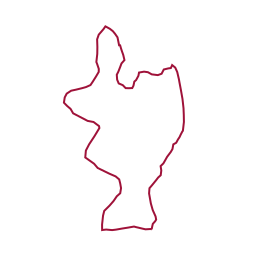 outline of Goygol District, Xanlar, Azerbaijan, rotated 350°
{"feature_id": "54616110B13615645655589", "entity_name": "Goygol District", "entity_type": "district", "adm_level": 2, "iso_a3": "AZE", "parent_name": "Azerbaijan", "parent_adm1": "Xanlar", "projection": "equal_earth", "projection_center": [46.326, 40.553], "detail": "fine", "context": "isolated", "style": "outline", "palette": "rose", "viewbox_px": 256, "rotation_deg": 350, "n_neighbors": 0, "source": "geoboundaries", "source_scale": "gbopen_adm2", "svg_char_len": 1748}
<svg xmlns="http://www.w3.org/2000/svg" viewBox="0 0 256 256"><g transform="rotate(350 128 128)"><path d="M136.3,60.5L136.2,58.7L136.0,55.2L135.3,51.0L134.9,48.1L134.6,45.2L133.6,45.0L133.4,36.9L131.6,33.0L129.9,30.0L127.4,27.2L124.2,24.6L123.4,24.0L121.0,26.4L115.4,31.0L113.0,35.3L111.9,42.9L110.6,49.7L108.3,57.5L108.7,59.5L109.5,64.7L108.9,67.7L105.3,71.9L101.3,76.3L98.5,79.2L93.7,80.4L89.7,80.8L83.6,81.2L78.5,81.4L73.6,83.5L71.0,86.9L69.3,91.9L69.4,92.1L71.8,95.6L74.8,99.3L76.5,104.0L89.5,114.0L95.1,116.1L99.8,121.1L99.8,123.1L93.6,130.2L86.9,137.3L82.6,142.9L80.8,149.6L88.4,157.3L91.2,162.1L101.8,169.8L107.4,173.5L110.4,177.1L110.7,181.4L110.7,186.0L109.0,190.9L105.1,193.3L101.2,197.3L96.4,201.2L90.2,205.5L88.2,210.0L85.7,218.6L84.8,224.0L85.2,224.0L88.8,224.2L94.7,225.8L98.6,226.0L104.9,226.0L110.6,226.1L111.5,226.1L116.8,226.1L118.9,227.1L120.6,227.8L124.5,229.5L125.7,230.0L127.6,230.8L132.8,231.4L133.8,232.0L133.7,231.9L134.7,229.3L135.8,226.7L138.5,224.6L139.8,223.1L139.8,219.9L138.1,213.1L137.4,206.3L137.4,201.0L137.4,196.1L138.7,191.0L141.5,188.7L146.6,184.3L149.1,182.0L152.0,180.2L153.4,175.7L153.5,171.2L156.7,169.0L158.8,166.5L161.5,163.2L164.8,160.1L165.8,159.2L168.1,156.5L169.8,152.0L172.9,150.9L175.2,148.0L177.2,145.9L178.8,143.6L180.8,141.0L181.6,140.2L184.1,131.8L185.2,124.9L186.1,118.2L186.7,108.9L186.7,99.6L186.6,91.8L186.6,88.8L186.2,81.4L185.0,76.7L182.4,73.7L180.6,76.4L178.0,76.3L173.4,76.6L170.5,80.4L166.6,81.1L160.7,79.3L157.3,76.5L153.6,75.3L148.5,75.3L147.3,78.4L144.3,82.2L142.3,83.4L140.8,87.1L140.5,87.6L139.1,89.4L136.9,89.1L135.9,89.0L132.6,88.3L130.3,84.9L126.6,82.5L125.7,78.5L126.2,73.6L128.3,70.8L131.1,66.2L132.8,63.3L136.3,60.5Z" fill="none" stroke="#9f1239" stroke-width="2"/></g></svg>